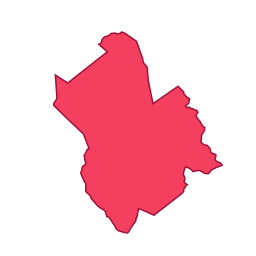 the district of Sousa, Paraíba, Brazil, rotated 150°
{"feature_id": "56859067B56829642718172", "entity_name": "Sousa", "entity_type": "district", "adm_level": 2, "iso_a3": "BRA", "parent_name": "Brazil", "parent_adm1": "Paraíba", "projection": "robinson", "projection_center": [-38.258, -6.752], "detail": "fine", "context": "isolated", "style": "filled", "palette": "rose", "viewbox_px": 256, "rotation_deg": 150, "n_neighbors": 0, "source": "geoboundaries", "source_scale": "gbopen_adm2", "svg_char_len": 2164}
<svg xmlns="http://www.w3.org/2000/svg" viewBox="0 0 256 256"><g transform="rotate(150 128 128)"><path d="M63.8,139.1L66.4,138.9L68.2,138.7L70.0,138.6L72.6,138.4L74.9,138.2L76.5,138.0L77.9,137.8L79.5,137.8L81.3,137.7L83.5,137.5L85.2,137.3L86.8,137.2L88.9,137.0L91.0,136.9L92.7,136.7L94.2,136.6L86.8,158.8L85.6,161.3L83.4,166.1L81.7,169.5L81.0,172.0L82.0,176.1L81.4,178.8L80.6,180.9L77.3,198.9L83.4,211.8L85.6,214.4L87.5,213.8L88.9,214.5L90.6,214.5L91.3,216.5L92.8,217.1L95.0,218.3L96.9,217.9L98.8,217.8L100.7,218.1L102.7,218.6L104.8,218.2L106.8,217.2L107.8,215.7L109.6,214.9L111.5,215.2L107.9,204.3L144.2,199.1L157.6,197.1L158.9,199.5L164.4,210.2L174.7,189.2L176.7,188.0L179.4,186.9L181.1,184.8L175.9,166.3L169.6,145.2L172.1,129.3L173.9,129.9L175.9,128.5L177.9,127.0L179.6,126.3L180.5,123.9L181.5,121.5L181.9,119.4L182.7,118.0L184.3,117.7L186.0,117.6L187.5,116.7L189.2,114.5L191.2,113.1L191.8,110.9L192.0,108.2L192.2,106.0L192.6,103.3L192.3,101.0L196.4,94.1L194.5,88.1L195.2,85.7L194.2,80.7L193.8,78.8L193.3,75.7L191.7,72.2L189.9,69.0L189.3,66.3L190.1,64.2L190.6,61.5L189.1,60.8L188.4,49.1L188.7,46.9L187.7,43.8L183.0,38.9L180.9,37.4L179.3,37.8L177.4,38.8L174.3,40.7L168.0,43.4L166.8,45.0L164.2,46.9L162.0,49.6L160.1,51.6L159.0,53.0L149.1,39.5L115.0,44.2L113.3,44.7L111.6,45.1L110.4,47.1L108.7,47.7L107.0,49.1L105.0,49.3L105.8,51.2L106.6,53.2L104.8,54.5L103.8,56.2L103.4,57.9L103.4,59.9L101.9,61.9L99.9,63.8L97.9,65.4L96.0,63.9L94.8,61.8L93.9,59.9L93.4,57.6L91.2,57.0L89.7,56.5L88.0,56.0L86.9,54.8L85.5,52.7L84.7,50.7L83.1,49.4L81.0,48.2L78.4,49.3L76.4,49.8L74.4,49.8L71.5,49.7L65.2,48.6L65.1,50.5L65.9,52.3L67.1,53.4L68.3,55.7L67.8,57.9L66.1,59.5L65.3,61.0L66.3,62.6L67.6,63.8L68.3,65.6L67.9,67.3L67.3,69.0L67.5,71.0L68.1,73.3L70.0,75.0L71.3,77.2L71.8,79.2L70.6,81.0L69.3,82.9L68.0,84.8L65.8,86.0L64.4,86.8L62.7,87.9L61.3,90.0L62.3,92.1L62.4,94.7L62.3,97.3L62.8,100.0L63.0,102.1L62.9,104.6L61.5,105.8L59.6,106.5L59.6,108.9L61.2,110.4L62.2,112.2L63.4,113.1L64.1,114.5L65.2,115.8L66.9,116.3L67.5,118.0L65.3,118.7L63.3,119.1L61.8,120.5L60.0,122.5L61.4,124.8L62.1,127.4L62.6,129.8L61.7,131.3L63.8,139.1Z" fill="#f43f5e" stroke="#9f1239" stroke-width="1.5"/></g></svg>